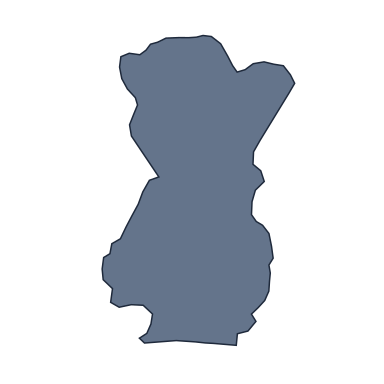 the district of Bom Jesus do Oeste, Santa Catarina, Brazil, rotated 9°
{"feature_id": "56859067B58988295597686", "entity_name": "Bom Jesus do Oeste", "entity_type": "district", "adm_level": 2, "iso_a3": "BRA", "parent_name": "Brazil", "parent_adm1": "Santa Catarina", "projection": "robinson", "projection_center": [-53.096, -26.684], "detail": "fine", "context": "isolated", "style": "filled", "palette": "slate", "viewbox_px": 384, "rotation_deg": 9, "n_neighbors": 0, "source": "geoboundaries", "source_scale": "gbopen_adm2", "svg_char_len": 1138}
<svg xmlns="http://www.w3.org/2000/svg" viewBox="0 0 384 384"><g transform="rotate(9 192 192)"><path d="M272.4,78.9L276.4,68.6L270.9,60.9L262.5,53.0L252.8,53.0L242.8,52.2L232.4,55.7L225.3,62.9L217.8,66.5L212.3,60.8L206.0,52.2L197.1,41.1L186.8,35.4L178.4,35.7L172.1,38.4L164.6,40.1L155.2,41.5L142.2,44.1L134.5,49.5L127.9,52.5L124.4,59.1L119.0,64.6L108.3,64.8L100.6,69.5L100.9,79.9L104.9,91.0L112.1,100.4L121.3,107.7L124.6,114.6L122.3,124.2L119.8,135.4L123.4,146.2L156.9,182.3L148.1,187.1L143.4,199.6L140.8,212.5L136.4,224.9L132.3,237.0L128.6,249.4L120.9,255.6L120.6,265.8L115.0,270.5L115.3,282.1L118.0,292.5L128.6,299.9L128.9,313.7L138.1,317.2L149.6,312.8L161.5,311.5L172.1,318.7L172.1,328.8L169.5,338.7L162.9,344.6L168.7,348.6L199.7,341.2L218.9,339.5L228.8,339.0L236.6,338.2L259.7,336.5L259.0,324.9L269.0,320.6L275.4,309.8L269.8,303.3L275.4,295.9L280.8,287.8L283.4,277.9L282.5,268.0L282.0,259.8L279.4,252.1L282.5,244.7L279.0,233.1L274.5,221.0L266.9,213.8L260.1,211.1L254.3,205.1L252.8,192.2L254.3,180.3L261.7,170.3L256.6,160.3L247.9,155.1L246.5,142.7L251.2,130.2L272.4,78.9Z" fill="#64748b" stroke="#1e293b" stroke-width="1.5"/></g></svg>